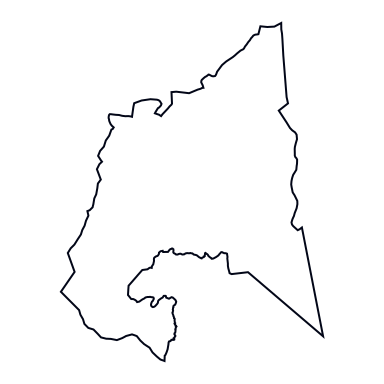 outline of Huautla de Jiménez, Oaxaca, Mexico
{"feature_id": "50627088B6515753474498", "entity_name": "Huautla de Jiménez", "entity_type": "district", "adm_level": 2, "iso_a3": "MEX", "parent_name": "Mexico", "parent_adm1": "Oaxaca", "projection": "orthographic", "projection_center": [-96.809, 18.147], "detail": "fine", "context": "isolated", "style": "outline", "palette": "ink", "viewbox_px": 384, "rotation_deg": 0, "n_neighbors": 0, "source": "geoboundaries", "source_scale": "gbopen_adm2", "svg_char_len": 5885}
<svg xmlns="http://www.w3.org/2000/svg" viewBox="0 0 384 384"><path d="M282.4,39.0L282.0,33.5L281.3,29.4L281.2,23.0L274.4,26.6L267.3,27.0L260.4,26.3L258.4,34.2L257.4,34.4L255.6,34.6L255.1,34.7L254.0,35.2L253.3,35.6L252.3,36.9L251.0,38.3L249.9,40.2L248.3,42.0L246.7,44.4L245.0,46.5L244.0,48.4L243.3,49.2L241.9,49.9L240.5,50.6L237.1,53.4L234.8,55.5L232.8,57.1L230.4,58.7L226.3,61.4L225.0,62.5L222.8,64.4L222.0,65.1L218.0,70.5L217.1,71.7L216.3,74.0L215.6,75.4L215.1,76.0L213.6,76.3L212.3,76.2L211.5,75.9L210.4,75.3L209.3,74.7L208.5,74.6L208.3,74.9L207.5,75.4L206.9,75.9L206.6,76.2L205.3,76.8L203.8,78.0L201.8,79.9L201.4,80.7L201.2,82.2L201.6,83.1L201.9,83.7L202.7,85.3L203.4,87.8L202.2,87.9L200.5,88.8L197.7,89.6L189.1,93.2L176.3,91.7L171.5,92.1L172.0,103.6L171.5,104.6L169.6,106.4L167.9,108.5L164.6,112.0L162.5,114.2L161.1,116.1L159.0,114.7L157.4,114.2L154.9,113.3L155.4,112.3L155.8,111.6L157.9,108.2L159.2,107.4L160.9,105.5L161.4,104.2L161.5,103.8L160.6,102.4L160.2,101.6L159.8,101.1L158.6,100.2L157.0,99.7L150.5,99.2L141.6,100.5L134.2,103.2L133.4,106.8L132.0,116.8L130.6,116.4L128.5,116.1L125.3,116.2L122.1,115.8L119.1,115.0L115.7,114.8L113.2,114.5L110.9,114.2L109.7,114.2L109.0,115.1L108.7,116.7L108.6,118.0L109.0,119.2L109.2,120.8L109.7,122.1L110.6,124.1L111.9,125.8L113.7,127.4L113.5,127.7L112.8,128.9L111.4,129.6L110.0,133.5L109.2,135.7L105.8,140.5L103.9,146.6L100.1,150.9L98.1,155.9L100.9,160.3L102.0,161.7L99.4,164.2L96.9,169.2L100.8,179.6L97.9,183.5L97.3,188.3L96.2,194.4L94.3,198.4L93.3,204.5L93.0,205.5L92.6,207.3L91.1,208.8L89.7,210.2L87.4,211.1L88.3,215.1L88.4,215.7L86.0,220.7L84.6,225.7L82.3,230.0L80.9,234.5L77.9,239.0L74.4,244.6L70.7,248.3L67.8,253.0L74.6,271.9L60.9,291.8L79.1,310.1L80.4,314.7L83.0,319.2L84.4,323.9L88.3,327.9L93.5,329.5L97.7,333.8L101.0,337.4L106.2,338.7L110.8,338.9L115.9,339.9L116.9,340.1L120.9,338.6L122.2,338.1L124.1,337.1L126.1,336.0L132.0,334.4L134.7,335.3L136.8,336.1L140.3,340.5L144.2,344.2L149.6,347.7L152.5,352.4L156.8,356.5L160.4,359.5L164.5,361.0L164.7,356.5L164.7,355.7L165.4,355.0L166.5,352.5L167.6,349.3L168.0,346.9L168.4,344.6L168.6,342.5L168.9,341.7L169.0,341.5L169.3,341.3L170.2,341.2L170.6,340.9L170.9,340.6L171.1,340.3L171.4,339.8L171.9,339.9L173.6,339.9L174.0,339.8L174.3,339.6L174.3,339.3L174.0,339.1L173.7,338.9L173.4,338.8L173.4,338.6L173.5,338.5L173.6,338.2L173.9,338.2L174.0,338.0L174.3,337.9L174.5,337.7L174.7,337.1L174.8,336.6L175.4,336.0L175.3,335.5L174.6,334.6L174.4,334.2L174.5,333.3L175.2,332.7L175.4,331.6L175.5,330.6L175.3,329.4L175.6,329.3L175.6,328.9L175.8,327.6L176.1,327.1L176.4,326.6L175.9,326.3L176.1,326.0L176.1,325.8L176.0,325.7L175.8,325.7L175.7,325.5L175.5,325.2L175.3,325.1L175.2,324.7L174.9,324.4L174.8,324.2L175.0,324.2L175.0,323.9L175.0,323.7L175.2,323.2L174.8,322.9L174.8,322.1L174.6,320.7L174.6,319.9L174.7,319.1L174.6,318.6L174.0,318.2L174.0,317.7L173.8,316.8L173.4,316.1L173.4,315.5L172.8,314.1L172.4,312.8L172.8,312.2L172.8,311.5L173.1,310.8L172.8,309.5L173.0,309.0L173.0,308.5L173.1,307.7L173.4,307.4L173.3,306.7L173.6,305.7L174.5,305.1L175.2,304.6L176.0,302.6L176.2,301.6L175.5,300.1L174.4,299.0L173.6,298.3L172.7,297.5L171.5,297.2L169.0,298.7L167.9,298.3L166.2,297.6L165.8,296.0L165.3,295.8L163.7,295.9L162.7,297.5L160.8,298.6L158.7,300.2L158.1,301.1L157.9,302.8L157.1,304.0L156.0,305.2L155.2,306.1L154.1,306.8L152.9,307.1L152.3,306.9L151.2,305.8L151.0,304.8L151.1,304.0L151.5,302.7L152.0,301.6L152.9,300.8L153.4,299.7L153.8,298.8L153.7,298.3L153.5,297.6L152.9,297.3L151.0,297.1L150.0,296.8L149.2,297.0L147.4,297.0L145.4,297.5L144.4,298.4L142.4,299.4L140.7,300.6L139.3,301.6L137.1,302.1L136.8,301.7L136.4,300.9L135.0,299.9L133.6,299.2L132.9,299.0L131.9,299.1L131.1,298.9L130.7,298.4L130.4,298.0L129.7,297.1L128.0,295.0L128.2,291.5L128.3,289.7L128.6,285.7L135.3,278.0L136.2,277.0L137.9,275.0L142.3,270.0L147.5,269.3L149.4,267.9L150.4,267.6L151.7,267.9L151.9,266.4L152.5,265.3L153.2,264.5L153.9,261.5L154.0,260.5L153.9,259.4L154.0,258.2L154.6,257.4L155.3,256.9L156.2,256.3L157.3,256.0L158.0,255.5L158.9,254.0L159.0,252.6L160.5,251.3L162.7,250.8L163.1,252.0L167.8,251.9L168.0,251.9L169.3,250.1L170.4,249.1L171.4,248.9L171.8,248.5L172.5,248.5L173.4,249.3L173.4,249.6L173.5,250.5L173.3,251.9L173.3,252.3L173.6,252.7L173.7,253.0L174.5,253.5L175.4,253.9L176.0,254.5L177.8,254.5L178.4,254.1L179.6,253.8L180.2,253.7L180.8,253.8L182.0,254.4L182.6,254.5L183.0,254.5L183.5,254.3L184.0,254.4L184.7,254.0L185.5,253.4L185.9,253.4L186.5,253.2L187.3,253.1L189.1,253.3L190.4,253.0L191.1,253.3L192.4,253.4L192.9,253.8L193.6,254.5L195.9,255.0L196.8,255.3L199.1,257.2L200.7,258.0L201.0,258.2L201.4,258.4L201.7,258.4L201.8,258.2L202.3,257.6L203.2,257.3L203.6,257.2L203.9,257.0L204.1,256.7L204.0,256.4L204.7,256.2L204.7,255.6L204.9,254.8L205.0,253.6L205.1,253.1L205.5,252.9L205.9,253.3L206.5,253.8L207.4,254.3L207.9,254.9L208.3,255.8L209.5,256.9L210.4,257.6L211.4,258.2L211.6,258.7L211.8,258.8L213.4,258.5L216.0,257.1L216.6,256.7L218.2,255.6L218.8,254.9L219.2,254.5L219.4,254.1L220.3,253.2L220.6,252.8L221.0,252.3L221.6,252.1L222.0,252.1L222.4,252.4L222.8,252.6L223.0,252.7L223.5,252.8L223.8,253.0L224.1,253.2L224.3,253.2L225.4,253.2L226.0,253.3L227.0,253.7L227.5,257.0L227.3,258.3L227.6,261.0L227.9,263.6L227.9,265.9L228.3,268.3L229.1,271.2L229.6,273.2L231.6,274.1L248.0,272.2L323.1,336.3L301.9,227.5L299.7,229.2L297.7,230.2L293.2,226.1L292.0,224.5L291.5,222.4L292.0,220.7L292.4,219.4L293.2,217.5L293.9,216.1L294.7,213.1L296.6,208.3L297.4,204.1L297.3,200.9L295.9,198.0L294.5,195.2L292.7,192.4L291.7,187.5L291.2,184.5L291.5,181.1L291.9,179.1L292.3,177.5L293.2,174.8L294.6,172.6L296.3,169.8L296.7,165.7L296.9,164.5L297.0,163.8L297.1,161.4L297.1,159.5L296.3,158.1L295.3,157.0L294.8,155.6L294.8,153.4L294.7,148.9L294.9,146.9L295.9,142.9L297.0,139.2L296.6,134.7L295.1,132.4L292.2,130.3L290.0,128.0L286.5,122.3L278.8,110.6L288.0,103.4L286.6,97.1L283.3,55.4L282.4,39.0Z" fill="none" stroke="#020617" stroke-width="2"/></svg>